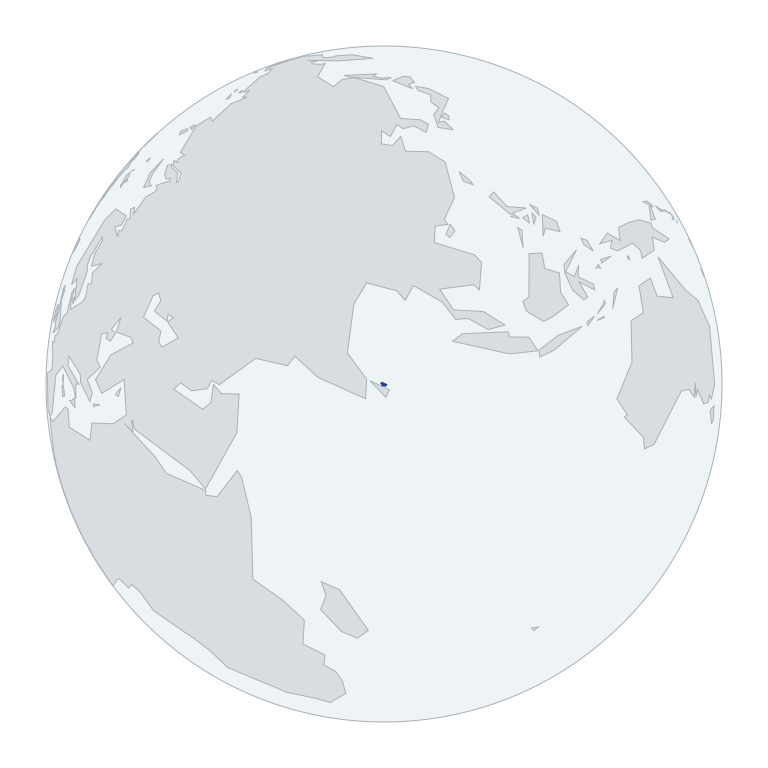 Maḍakalapuva highlighted on a globe, orthographic projection, rotated 319°
{"feature_id": "LKA-2452", "entity_name": "Maḍakalapuva", "entity_type": "District", "adm_level": 1, "iso_a3": "LKA", "parent_name": "Sri Lanka", "parent_adm1": "", "projection": "orthographic", "projection_center": [81.59, 7.833], "detail": "fine", "context": "on_globe", "style": "filled", "palette": "blue", "viewbox_px": 768, "rotation_deg": 319, "n_neighbors": 0, "source": "natural_earth", "source_scale": "10m", "svg_char_len": 9323}
<svg xmlns="http://www.w3.org/2000/svg" viewBox="0 0 768 768"><g transform="rotate(319 384 384)"><circle cx="384" cy="384" r="338" fill="#eef3f6" stroke="#a8b0b8"/><path d="M515.6,72.7L519.1,74.3L524.1,76.5L518.9,74.8L525.4,77.8L504.0,69.1L515.6,72.9L514.6,72.3L515.6,72.7ZM493.0,65.1L489.7,64.3L490.6,64.2L493.0,65.1ZM86.3,224.2L110.0,190.0L109.4,195.3L128.4,192.2L129.3,195.3L118.1,210.1L125.1,233.6L138.0,221.8L153.3,236.2L169.3,238.3L190.9,210.1L164.8,205.9L169.2,191.4L197.2,182.8L221.3,188.4L223.8,183.1L216.0,169.2L229.2,161.2L214.2,163.9L214.6,169.7L205.3,172.1L204.3,167.1L209.0,164.1L203.9,160.8L182.9,177.5L181.1,185.1L163.0,185.8L158.2,199.1L150.6,204.3L155.9,184.1L161.2,177.3L164.6,156.1L157.4,162.9L153.7,184.0L151.5,181.8L141.7,193.0L147.4,182.8L153.4,159.7L142.1,162.1L114.6,188.1L110.8,189.5L113.7,182.8L137.0,155.0L142.8,155.4L151.2,147.1L161.4,134.6L162.3,136.3L167.2,131.8L170.5,132.1L186.4,122.6L191.4,122.6L208.5,110.2L213.4,108.9L201.9,116.3L196.6,122.1L210.5,124.3L216.4,122.2L226.4,114.3L228.9,116.6L236.8,108.9L250.1,108.0L240.5,103.2L251.9,95.6L265.8,91.1L267.9,88.2L245.2,95.7L237.8,99.8L234.1,104.3L212.2,116.7L205.1,118.1L221.5,103.2L213.2,104.1L229.5,93.5L280.7,77.1L296.5,76.0L299.8,88.2L289.9,91.8L283.8,88.8L279.5,98.0L284.6,94.1L286.7,96.5L298.2,91.2L300.3,92.8L307.8,85.6L311.6,87.0L306.8,91.5L327.0,86.5L337.9,88.8L341.5,87.1L342.2,84.5L355.5,90.1L357.5,88.7L354.0,86.2L355.8,81.9L364.1,76.9L368.2,79.1L365.8,81.2L366.9,89.5L359.7,95.6L362.3,96.1L369.4,91.5L368.1,81.1L372.0,77.6L374.0,82.0L373.6,80.1L376.8,79.1L383.8,80.5L382.2,75.7L411.9,66.0L428.4,68.9L427.0,73.0L452.1,72.1L468.8,77.7L465.5,75.0L475.3,74.2L470.2,72.3L469.3,71.1L492.1,71.0L500.6,73.6L506.7,72.7L505.0,71.7L499.0,69.5L504.0,69.1L525.4,77.8L528.2,79.6L539.7,84.7L544.3,88.6L553.5,94.9L552.0,97.7L559.4,103.4L563.1,104.9L575.9,114.6L589.6,131.2L562.3,110.8L538.6,89.6L546.9,97.0L540.2,93.7L540.2,95.6L546.4,101.7L550.1,103.3L535.5,108.6L540.9,126.5L552.2,126.7L562.8,133.5L578.9,159.4L570.7,194.5L584.7,208.3L587.9,217.1L580.8,221.8L576.0,208.9L565.8,203.8L564.1,196.5L551.2,201.5L548.2,191.2L539.6,201.1L546.7,209.5L559.2,208.1L552.9,222.4L570.0,238.0L575.8,256.7L559.6,289.4L537.5,299.3L536.9,305.5L526.2,298.3L514.8,310.4L537.0,345.9L537.4,356.3L517.6,375.7L516.7,367.9L488.3,348.9L485.0,373.6L506.6,394.5L514.0,418.9L498.3,411.2L490.5,389.7L480.5,382.3L481.8,360.7L470.8,329.0L454.8,334.7L454.8,322.0L437.2,296.3L413.5,304.0L376.8,336.6L374.0,369.1L360.4,383.1L338.5,335.6L335.0,304.5L323.1,306.9L303.9,280.4L259.3,276.5L256.5,268.4L247.3,271.5L234.3,262.8L231.4,249.8L221.9,250.0L230.6,284.2L241.2,284.4L255.0,272.5L255.0,284.7L268.0,296.5L240.9,324.3L180.5,346.1L180.7,321.7L166.1,254.3L169.9,247.4L170.1,246.7L170.3,245.2L162.7,256.1L162.2,243.5L163.5,288.9L161.1,308.5L179.6,347.5L176.4,351.0L184.1,359.5L216.4,353.1L215.2,361.2L196.3,397.5L157.0,445.2L165.7,480.6L168.9,510.0L152.2,527.0L161.7,549.9L154.2,556.5L159.0,569.2L157.5,581.6L152.1,592.4L134.3,589.0L126.9,577.3L108.4,552.9L79.9,495.2L77.7,470.7L73.4,450.6L61.3,404.1L63.5,380.4L61.8,369.5L57.5,370.5L56.4,357.5L54.4,356.3L47.1,358.9L47.5,353.5L51.0,326.6L56.7,300.0L64.5,273.9L74.4,248.6L86.3,224.2ZM88.0,222.3L84.7,228.4L88.0,222.3ZM240.5,210.6L259.0,214.1L261.4,195.5L268.7,195.6L266.8,189.7L261.5,194.2L258.5,178.4L270.3,174.7L273.6,167.4L267.5,166.0L246.3,175.8L250.4,197.7L241.6,204.3L240.5,210.6ZM190.8,109.7L188.3,112.6L181.5,117.3L175.2,120.1L184.9,113.0L190.8,109.7ZM186.2,115.8L204.2,101.8L208.9,100.4L203.2,103.4L204.5,103.8L195.7,108.9L182.6,122.4L175.8,127.7L167.7,128.3L174.1,124.8L176.2,121.8L186.2,115.8ZM242.0,77.5L249.8,73.9L249.8,75.1L242.5,78.5L235.6,80.8L240.3,78.2L242.0,77.5ZM354.8,47.3L355.1,47.4L344.4,48.8L350.0,48.3L350.6,49.0L342.2,50.7L341.9,49.8L332.9,52.6L327.5,52.6L326.8,52.9L319.4,53.9L309.1,56.0L307.9,55.9L304.4,56.8L299.4,57.9L294.2,59.4L290.3,59.9L283.6,61.9L285.6,61.1L275.1,64.6L281.2,62.3L275.2,64.2L272.5,65.4L269.4,66.1L297.3,57.4L325.8,51.1L354.8,47.3ZM377.1,46.2L366.8,46.7L358.2,47.3L359.5,47.0L377.1,46.2ZM135.8,190.3L137.5,191.4L141.4,191.5L135.3,199.1L135.8,190.3ZM139.4,174.5L141.7,173.9L135.0,183.6L133.3,182.9L139.4,174.5ZM148.7,165.9L142.4,173.2L144.8,168.8L148.7,165.9ZM204.7,115.8L207.8,115.2L205.9,117.1L201.5,119.7L204.7,115.8ZM314.4,62.6L315.6,61.1L318.0,60.7L326.6,57.4L331.3,57.7L327.9,59.8L314.4,62.6ZM183.2,214.3L175.3,219.1L174.3,216.0L177.2,214.9L183.2,214.3ZM151.6,208.5L156.1,213.4L149.9,210.5L151.6,208.5ZM321.0,62.4L324.0,60.8L324.5,62.0L321.0,62.4ZM335.1,57.9L336.7,58.9L332.8,57.4L335.1,57.9ZM335.1,664.9L341.1,668.6L335.5,668.6L335.1,664.9ZM215.5,510.0L210.5,559.6L197.3,558.5L189.7,543.2L188.1,512.7L201.7,505.4L206.9,491.9L215.5,510.0ZM586.3,475.7L594.3,477.1L593.8,478.7L586.3,475.7ZM578.1,470.3L587.5,470.8L576.1,473.7L578.1,470.3ZM591.1,471.0L600.7,467.9L604.9,465.4L603.9,468.6L591.1,471.0ZM571.5,470.5L534.4,470.0L519.3,465.8L523.2,460.1L547.7,461.7L571.5,470.5ZM521.9,459.9L498.4,443.6L463.7,396.6L476.2,397.5L511.9,426.0L509.7,430.9L524.0,443.7L521.9,459.9ZM577.6,430.4L575.2,445.3L555.1,443.9L545.7,441.5L539.3,422.5L542.9,412.9L550.7,413.2L579.0,380.8L589.2,388.8L581.0,402.4L589.3,415.3L577.6,430.4ZM375.6,372.2L384.3,392.0L376.7,395.0L375.6,372.2ZM589.0,358.3L578.5,372.3L587.6,353.6L589.0,358.3ZM593.5,340.8L594.9,347.9L589.6,341.0L593.5,340.8ZM538.0,315.0L529.8,316.6L528.9,311.7L538.8,306.8L538.0,315.0ZM580.0,272.9L582.5,287.0L581.9,291.9L576.9,283.2L580.0,272.9ZM365.4,69.5L348.1,73.2L338.9,77.5L338.5,81.9L331.6,77.9L345.9,71.2L365.4,69.5ZM405.7,65.8L405.9,63.0L410.7,64.0L411.3,64.7L405.7,65.8ZM402.3,64.3L393.4,61.6L396.7,59.9L403.1,62.3L402.3,64.3ZM356.6,60.1L351.2,60.9L350.9,59.8L356.6,60.1ZM605.0,629.0L612.6,618.1L618.7,616.9L609.6,626.7L605.0,629.0ZM603.9,584.3L548.3,606.7L538.0,603.9L544.8,594.6L543.7,566.5L547.4,567.1L550.1,548.0L585.4,530.3L611.9,498.4L626.7,500.2L640.8,477.2L654.6,478.7L647.8,496.8L658.8,508.7L674.2,468.0L673.2,511.3L675.9,526.7L667.4,554.3L633.5,600.9L621.4,610.1L622.5,605.9L616.5,610.6L612.3,608.9L616.9,594.0L610.7,598.7L619.8,587.3L609.4,597.5L610.4,588.0L603.9,584.3ZM698.6,504.8L698.5,506.0L696.0,513.6L696.2,512.2L698.6,504.8ZM708.1,479.0L707.4,481.8L707.0,482.8L708.1,479.0ZM708.2,478.1L709.5,473.7L708.3,478.2L708.2,478.1ZM711.0,454.6L711.8,452.4L711.6,454.1L711.0,454.6ZM606.0,477.3L617.7,465.7L623.4,464.7L606.0,477.3ZM711.1,449.9L709.9,449.5L710.4,447.1L711.1,449.9ZM711.9,444.4L712.2,441.1L711.9,448.8L711.9,444.4ZM710.3,437.1L711.3,442.9L710.0,437.8L710.3,437.1ZM709.1,437.9L708.0,435.4L708.2,434.4L709.1,437.9ZM689.1,442.2L694.3,461.6L688.7,461.1L682.8,449.1L675.8,460.3L661.2,458.4L665.3,451.5L664.0,440.9L647.4,436.7L644.1,429.8L650.5,425.2L638.7,419.7L651.7,416.7L656.5,430.8L663.5,419.8L674.6,422.6L684.4,427.4L691.1,438.1L689.1,442.2ZM650.6,447.7L652.8,447.7L650.6,451.9L650.6,447.7ZM705.7,427.5L707.4,434.4L707.0,436.1L706.0,435.0L705.7,427.5ZM692.9,435.6L700.6,424.1L702.1,424.3L696.8,437.5L692.9,435.6ZM699.3,416.4L702.3,418.2L703.6,424.8L702.9,426.6L699.3,416.4ZM624.3,434.6L623.6,438.5L620.1,435.4L624.3,434.6ZM629.0,432.2L639.4,436.5L627.9,435.6L629.0,432.2ZM594.8,418.6L598.2,427.8L609.0,422.0L600.7,430.4L607.5,445.7L604.8,451.4L598.2,434.9L594.9,452.0L590.1,451.6L588.0,437.0L593.1,419.3L598.0,412.0L617.2,409.0L594.8,418.6ZM629.1,420.9L626.3,410.2L628.3,403.1L631.5,408.7L629.1,420.9ZM616.8,384.5L608.1,372.3L601.0,376.9L614.6,360.0L620.9,374.4L616.8,384.5ZM608.2,357.7L601.6,361.9L607.9,352.1L608.2,357.7ZM599.4,357.8L597.8,349.4L603.5,350.6L599.4,357.8ZM611.8,358.1L611.6,343.9L615.2,352.3L611.8,358.1ZM593.3,330.8L606.8,344.5L590.6,338.5L586.2,311.6L592.8,311.0L593.3,330.8ZM606.3,227.3L602.6,220.3L607.5,219.0L608.7,224.1L606.3,227.3ZM620.0,210.9L607.6,216.5L597.0,222.2L602.0,225.5L602.9,237.3L593.3,226.1L598.1,213.5L606.7,211.5L604.5,202.1L608.8,196.2L602.4,184.7L603.1,180.1L611.5,190.2L620.0,210.9ZM599.2,179.9L589.7,161.0L600.6,164.4L605.1,169.3L604.9,176.3L599.2,174.0L599.2,179.9ZM590.6,157.7L584.9,155.6L559.0,129.3L556.3,124.9L581.7,145.1L577.8,144.5L582.2,150.8L590.6,157.7ZM492.6,65.4L490.0,64.4L493.8,65.6L492.6,65.4ZM466.3,70.2L465.7,68.7L470.2,69.7L466.3,70.2ZM466.7,65.7L462.1,65.4L465.3,64.7L466.7,65.7ZM452.0,65.5L459.4,64.9L454.8,66.9L452.0,65.5Z" fill="#d9dde1" stroke="#a8b0b8" stroke-width="1"/><path d="M383.0,381.5L383.1,382.0L383.2,382.3L383.0,382.2L382.9,381.9L382.9,382.1L383.0,382.3L383.1,382.5L383.2,382.3L383.3,382.3L383.4,382.6L383.5,382.8L383.6,383.0L383.7,382.9L383.7,383.0L383.8,383.0L383.8,383.3L384.0,383.4L384.0,383.5L383.9,383.6L384.0,383.9L384.1,384.0L384.3,384.0L384.6,384.5L384.6,384.8L384.5,384.7L384.4,384.5L384.2,384.4L384.1,384.5L384.3,384.6L384.4,384.8L384.5,384.8L384.6,385.0L384.8,385.1L385.0,385.3L385.1,385.6L385.1,385.8L385.0,386.0L384.9,386.2L384.7,386.3L384.5,386.5L384.4,386.4L384.4,386.1L384.4,385.8L384.2,385.9L383.8,385.9L383.4,385.9L383.2,385.7L383.2,385.3L383.2,385.1L382.8,385.0L382.7,384.9L382.5,384.6L382.3,384.6L382.1,384.6L381.9,384.1L381.9,383.6L382.0,383.5L382.1,383.4L382.3,383.4L382.5,383.4L382.5,383.2L382.4,383.0L382.4,382.7L382.4,381.8L382.4,381.5L382.5,381.5L383.0,381.5ZM384.9,385.0L384.8,384.9L384.8,384.7L384.9,384.8L385.0,384.9L385.1,385.1L385.2,385.3L385.3,385.4L385.4,385.9L385.4,386.0L385.2,386.0L385.1,385.9L385.2,385.5L385.2,385.4L384.9,385.0Z" fill="#3b82f6" stroke="#1e3a8a" stroke-width="1.5"/></g></svg>